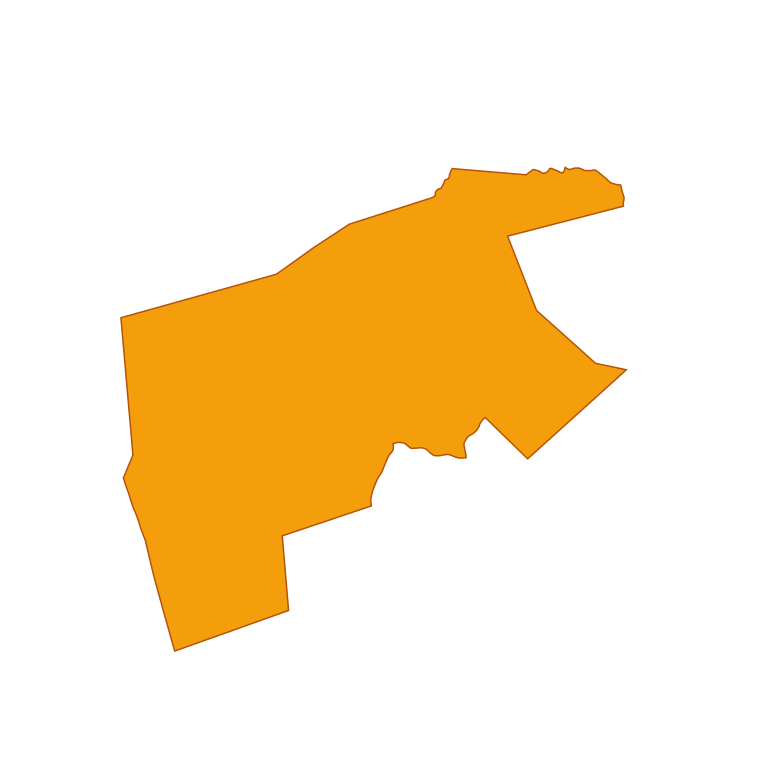 outline of San Nicolas, Copán, Honduras, rotated 158°
{"feature_id": "27666195B43744954115993", "entity_name": "San Nicolas", "entity_type": "district", "adm_level": 2, "iso_a3": "HND", "parent_name": "Honduras", "parent_adm1": "Copán", "projection": "equal_earth", "projection_center": [-88.778, 15.002], "detail": "fine", "context": "isolated", "style": "filled", "palette": "amber", "viewbox_px": 768, "rotation_deg": 158, "n_neighbors": 0, "source": "geoboundaries", "source_scale": "gbopen_adm2", "svg_char_len": 6022}
<svg xmlns="http://www.w3.org/2000/svg" viewBox="0 0 768 768"><g transform="rotate(158 384 384)"><path d="M95.3,459.2L94.9,461.0L93.9,463.2L93.1,463.9L92.5,465.1L92.0,466.1L91.5,466.9L91.4,469.1L91.3,470.3L91.1,472.6L91.0,473.7L90.7,475.4L90.5,477.0L90.2,478.5L89.9,479.8L91.3,480.5L92.5,481.1L93.3,481.6L93.9,482.0L96.5,484.0L97.8,485.0L98.1,485.3L98.3,485.6L98.6,485.9L98.8,486.3L99.0,486.5L99.2,487.0L99.4,487.4L100.0,488.7L100.5,489.8L101.0,490.9L101.5,492.0L102.1,493.0L103.8,496.2L105.5,499.3L107.4,502.5L107.6,502.8L107.9,503.1L108.0,503.2L108.3,503.4L108.5,503.5L108.8,503.7L109.2,503.8L109.6,503.9L110.5,504.0L111.0,504.1L111.8,504.3L112.5,504.5L113.0,504.7L114.4,505.2L115.7,505.8L117.1,506.4L117.5,506.6L118.0,506.9L118.4,507.3L118.9,507.7L119.2,508.0L119.5,508.4L120.3,509.3L120.5,509.5L120.9,510.0L121.4,510.4L121.8,510.8L122.3,511.1L122.7,511.3L123.5,511.7L124.1,511.9L124.9,512.2L125.6,512.5L126.3,512.7L126.9,512.9L127.4,513.0L127.9,513.0L129.2,513.0L130.1,513.1L130.6,513.2L131.3,513.4L131.6,513.4L131.9,513.6L132.2,513.7L132.5,514.0L132.8,514.3L133.3,514.8L133.7,515.3L134.1,515.8L134.5,516.4L134.9,517.0L135.2,516.5L135.5,516.1L135.9,515.5L136.4,514.9L136.7,514.5L137.1,514.2L137.5,513.8L137.8,513.6L138.2,513.3L138.5,513.1L138.8,513.0L139.0,512.9L139.3,512.9L139.5,512.9L139.8,513.0L140.0,513.1L140.4,513.4L140.9,513.9L141.4,514.4L142.6,515.8L143.4,516.7L143.8,517.1L145.8,519.0L147.4,520.6L147.7,520.8L148.0,521.1L148.4,521.3L148.5,521.4L148.7,521.5L149.1,521.6L149.4,521.6L149.6,521.6L150.0,521.5L150.2,521.4L150.4,521.2L151.1,520.6L151.3,520.5L151.8,520.2L152.2,520.0L152.7,519.8L153.1,519.6L153.4,519.5L154.0,519.4L155.1,519.4L155.6,519.4L156.7,519.4L157.0,519.5L157.3,519.6L157.6,519.7L157.8,519.9L158.1,520.1L158.3,520.4L158.5,520.6L158.6,520.8L159.1,521.5L159.3,521.8L159.6,522.3L159.9,522.6L160.2,523.0L160.9,523.7L161.8,524.5L162.4,524.9L163.4,525.7L164.4,526.4L165.0,526.7L165.3,526.9L165.6,526.9L165.8,526.9L166.8,526.7L170.6,525.6L173.8,524.7L240.1,558.2L240.9,557.6L241.9,556.7L242.6,556.1L243.2,555.4L243.4,555.2L243.8,554.7L244.2,554.3L244.9,553.4L245.4,552.6L245.9,551.6L246.1,551.4L246.3,551.2L246.5,551.0L246.6,550.9L246.8,550.7L247.6,550.4L248.1,550.2L248.5,550.2L248.8,550.1L249.2,550.2L249.5,550.2L250.0,550.4L250.3,550.4L250.5,550.4L250.9,550.2L251.2,550.0L251.7,549.6L252.6,548.6L253.3,547.9L254.0,547.3L255.3,546.2L256.5,545.1L257.0,544.8L257.5,544.4L258.1,544.1L258.3,544.1L258.6,544.1L258.9,544.1L259.5,544.3L259.9,544.4L260.4,544.4L260.8,544.4L261.1,544.3L261.3,544.3L261.9,544.0L262.4,543.8L262.9,543.5L263.6,543.2L263.9,542.9L264.1,542.8L264.4,542.5L264.6,542.2L264.9,541.9L265.1,541.4L265.3,541.0L265.4,540.5L265.5,540.2L265.7,539.9L265.9,539.6L266.2,539.4L266.3,539.3L266.5,539.2L267.0,539.1L267.4,539.0L268.3,538.9L269.2,538.8L269.9,538.8L270.6,538.8L356.2,545.2L397.7,536.9L442.6,526.1L603.1,544.0L643.4,412.2L660.9,394.4L661.4,385.8L661.8,377.8L662.0,375.3L662.4,369.8L662.6,366.7L662.7,364.8L662.8,362.7L662.8,361.6L662.7,360.6L662.7,358.0L662.7,356.7L662.7,355.4L662.7,354.1L662.8,352.8L662.8,351.5L663.0,348.7L663.4,343.6L663.6,340.5L663.7,337.8L663.7,336.3L663.8,334.8L663.8,333.3L663.8,330.8L663.8,329.7L663.9,328.6L664.0,327.5L664.3,325.7L665.1,320.5L665.6,317.1L669.3,292.6L669.4,291.4L669.6,290.2L670.1,286.1L671.2,276.9L672.4,266.0L673.2,259.4L676.7,227.7L678.0,215.9L678.1,214.8L557.3,209.8L535.2,281.3L441.3,275.7L441.1,276.6L440.9,277.3L440.8,278.0L440.5,279.1L440.1,280.2L439.9,280.9L439.6,281.6L439.2,282.3L439.0,282.8L438.6,283.4L437.6,285.0L436.5,286.6L435.7,287.7L435.1,288.4L434.4,289.3L433.1,290.8L430.9,293.1L428.3,295.8L426.7,297.3L426.2,297.8L424.2,299.5L423.7,299.9L423.2,300.3L422.7,300.7L422.2,301.0L421.7,301.3L420.8,301.8L420.3,302.1L419.9,302.4L419.5,302.7L419.3,302.9L419.0,303.1L418.1,304.1L416.1,306.2L412.2,310.2L410.0,312.4L409.4,313.0L408.8,313.6L407.2,314.9L405.7,316.2L405.2,316.5L404.9,316.7L404.5,316.9L403.6,317.3L402.8,317.7L402.5,317.9L401.6,318.4L401.3,318.6L400.9,319.0L400.7,319.2L400.3,319.6L399.9,320.2L399.5,320.9L399.2,321.5L399.0,322.0L398.8,322.5L398.4,323.4L398.1,324.4L397.9,325.2L396.8,325.2L395.6,325.1L394.6,325.0L394.0,324.9L393.5,324.7L392.9,324.5L392.5,324.4L390.3,323.4L389.4,322.9L388.6,322.5L388.2,322.2L387.6,321.9L387.5,321.7L387.3,321.5L386.9,320.9L386.1,319.6L385.4,318.3L384.2,316.1L383.8,315.5L383.5,315.0L383.2,314.6L382.9,314.2L382.7,314.1L382.4,313.9L381.6,313.6L376.2,311.9L373.8,311.1L373.2,310.8L372.7,310.5L372.2,310.2L371.7,309.9L371.2,309.5L370.4,308.8L370.0,308.4L369.7,308.1L369.4,307.7L369.0,307.2L368.8,306.9L368.6,306.6L368.3,306.1L368.2,305.6L367.9,304.9L367.7,304.4L367.4,303.9L367.2,303.4L366.5,302.0L365.9,301.0L365.3,300.1L365.1,299.8L364.9,299.6L364.7,299.3L364.4,299.1L364.0,298.8L363.8,298.6L363.3,298.3L362.8,298.1L361.9,297.7L360.9,297.3L359.3,296.7L358.7,296.5L358.0,296.4L356.2,296.1L355.3,295.9L354.3,295.7L352.9,295.3L351.7,295.0L351.3,294.8L350.7,294.5L350.3,294.2L349.7,293.8L348.8,293.1L348.4,292.7L347.6,292.0L346.4,290.7L345.9,290.2L345.4,289.8L344.6,289.1L342.9,287.8L342.4,287.4L342.1,287.3L341.5,287.0L340.9,286.7L339.8,286.3L338.8,285.9L337.8,285.6L336.6,285.3L336.4,285.2L336.2,285.1L335.9,284.9L335.7,284.8L335.4,285.1L335.3,285.4L335.2,285.7L334.9,286.6L334.6,287.6L334.5,288.2L334.3,289.1L333.8,292.4L333.5,293.8L333.0,296.0L332.9,296.4L332.8,297.0L332.7,297.4L332.5,298.0L332.3,298.5L332.2,298.7L332.0,299.0L331.9,299.2L331.6,299.5L331.4,299.7L330.6,300.4L330.0,300.8L328.0,302.4L327.6,302.7L327.2,303.0L326.7,303.2L326.2,303.4L325.4,303.7L324.7,304.0L324.3,304.1L323.4,304.2L322.0,304.4L321.4,304.5L320.7,304.6L319.7,304.8L318.3,305.3L317.1,305.7L315.9,306.2L315.1,306.6L314.6,306.9L313.8,307.4L313.1,307.9L312.6,308.3L312.4,308.5L312.0,308.9L311.5,309.4L311.1,310.0L310.8,310.3L310.4,310.7L310.0,311.1L309.4,311.6L307.2,313.1L306.8,313.4L306.3,313.7L305.7,314.0L305.4,314.1L305.0,314.3L304.2,314.6L303.4,314.8L302.7,315.0L278.8,260.8L154.0,306.4L180.1,323.9L215.0,395.0L214.0,474.8L95.3,459.2Z" fill="#f59e0b" stroke="#b45309" stroke-width="1.5"/></g></svg>